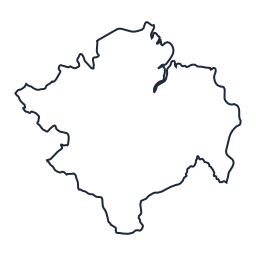 Sumatera Selatan, Natural Earth projection
{"feature_id": "IDN-1230", "entity_name": "Sumatera Selatan", "entity_type": "Province", "adm_level": 1, "iso_a3": "IDN", "parent_name": "Indonesia", "parent_adm1": "", "projection": "natural_earth1", "projection_center": [104.141, -3.318], "detail": "fine", "context": "isolated", "style": "outline", "palette": "slate", "viewbox_px": 256, "rotation_deg": 0, "n_neighbors": 0, "source": "natural_earth", "source_scale": "10m", "svg_char_len": 5690}
<svg xmlns="http://www.w3.org/2000/svg" viewBox="0 0 256 256"><path d="M153.7,25.1L154.1,26.8L154.1,27.6L153.8,28.3L151.4,33.3L151.0,34.7L151.2,36.5L151.8,38.2L152.7,37.1L153.5,33.8L154.1,32.9L155.6,33.1L156.8,34.4L157.9,35.8L158.9,36.5L159.7,37.3L159.2,39.1L158.4,41.0L156.9,43.2L157.0,43.6L157.9,43.6L158.7,43.0L160.0,41.2L160.6,40.4L160.9,41.7L161.2,44.4L162.4,45.3L162.7,45.3L163.2,44.6L163.8,44.3L164.8,43.1L167.3,42.2L169.6,42.9L171.6,44.8L173.0,47.6L173.5,50.5L173.1,53.1L172.2,55.3L170.4,58.4L166.4,63.8L165.6,64.5L164.7,64.7L162.3,64.8L161.6,65.2L160.8,66.1L157.9,68.5L161.8,66.5L163.7,66.5L164.8,68.9L164.9,71.8L164.7,73.4L163.9,75.6L163.9,78.6L163.7,79.7L163.1,80.2L162.1,80.8L159.4,81.7L157.7,83.1L155.9,85.0L154.7,86.9L154.0,89.1L154.1,91.7L153.7,92.6L154.6,91.7L155.5,90.3L156.1,88.8L156.7,86.4L157.6,85.5L159.5,84.1L163.3,82.0L165.0,80.7L166.0,78.8L167.0,74.5L167.2,73.2L167.0,70.3L167.2,69.3L167.9,68.0L169.7,66.1L170.6,64.8L171.4,62.0L172.3,61.1L173.5,60.9L174.5,61.4L174.9,62.7L175.1,65.8L176.0,66.7L176.2,65.2L176.7,64.2L177.7,63.7L178.9,63.6L180.1,63.9L181.7,65.7L182.6,66.2L184.9,65.8L185.5,66.1L186.6,67.1L187.8,66.8L191.4,64.9L192.6,64.7L193.9,64.6L195.2,64.9L197.3,66.3L198.6,66.6L201.4,66.7L206.2,67.6L208.7,67.8L210.1,68.0L211.0,68.5L211.0,68.9L210.3,68.9L210.9,69.7L211.7,69.3L213.2,68.0L214.2,68.1L215.1,68.5L215.6,69.4L215.7,71.2L215.4,72.6L214.4,75.2L214.1,76.7L214.2,78.3L214.8,81.0L215.9,83.4L216.8,84.5L217.8,85.4L219.4,86.0L220.6,86.6L222.5,86.7L223.2,86.9L223.7,87.2L224.7,89.4L224.5,98.4L225.5,100.8L227.2,102.8L229.4,104.2L231.8,104.6L234.1,104.1L234.8,104.3L235.7,104.9L237.0,105.4L237.8,106.2L238.7,108.1L239.2,110.4L239.2,115.7L239.5,118.4L240.5,120.4L240.6,121.1L240.3,123.9L239.7,124.7L236.0,126.8L234.1,128.7L232.2,131.1L230.6,133.8L229.5,136.7L226.0,151.0L226.4,153.6L227.8,155.6L232.4,159.5L233.5,161.5L233.5,163.8L232.5,166.5L228.8,172.6L228.3,174.7L228.0,176.9L226.7,181.4L226.5,182.6L224.3,181.2L223.0,181.5L222.0,182.1L219.8,182.1L219.3,181.5L218.9,180.1L218.5,179.5L218.0,179.1L216.8,179.1L216.5,178.7L216.3,176.9L215.9,176.3L215.1,176.0L214.1,176.1L213.8,175.8L213.8,175.3L214.3,173.6L214.0,172.3L212.8,169.5L212.1,168.8L210.9,166.9L209.4,166.2L209.3,165.8L209.2,164.7L208.8,163.8L208.3,163.2L206.6,162.4L204.8,162.1L204.3,161.5L203.3,159.7L202.6,159.1L202.0,158.9L201.4,158.9L200.1,159.4L199.5,159.1L199.1,158.5L198.6,156.9L198.1,156.2L197.7,156.2L197.4,156.4L197.0,157.5L196.8,159.3L196.0,160.1L195.9,162.2L194.9,164.9L193.6,166.3L192.9,166.6L192.2,166.6L191.3,166.2L190.8,166.2L190.3,166.5L188.8,168.1L188.0,168.4L187.5,168.9L187.3,169.5L187.1,171.9L185.9,174.1L186.0,174.8L186.5,175.4L186.5,175.8L186.3,176.2L184.6,177.3L184.1,177.8L183.6,178.6L183.0,180.4L182.6,181.1L181.7,181.9L180.5,183.3L178.6,184.4L175.7,185.0L173.5,185.9L171.0,186.7L161.7,191.6L157.7,192.7L154.8,192.7L153.5,193.1L150.0,195.0L148.7,195.9L146.2,198.6L141.2,200.9L140.7,202.7L140.3,204.5L141.2,211.0L141.2,213.1L140.4,214.6L139.0,215.9L138.7,217.9L138.8,218.3L139.9,219.6L140.0,221.2L140.4,222.4L142.5,224.9L142.9,225.6L142.7,227.1L141.9,228.9L140.9,230.0L140.6,230.3L139.5,230.6L137.7,230.2L135.7,230.4L132.6,232.8L128.4,233.8L123.1,233.6L119.8,233.0L117.7,233.0L116.8,232.7L116.2,232.3L115.7,230.4L115.9,229.1L115.7,227.8L114.7,227.0L113.9,226.6L110.7,224.6L110.3,223.4L108.7,222.1L108.3,221.5L108.1,219.8L106.4,213.0L106.0,212.5L105.2,210.2L103.5,207.9L103.1,206.9L102.7,205.2L102.3,199.5L102.1,198.4L101.6,197.7L100.4,197.1L97.0,196.9L95.4,196.3L92.9,194.4L89.8,194.1L87.9,193.3L85.4,191.5L82.8,190.9L80.3,189.5L79.0,189.6L78.2,188.1L77.9,182.8L77.6,181.4L76.1,177.5L75.7,175.4L75.0,174.5L73.8,173.6L73.4,173.5L72.3,173.8L67.7,174.0L66.7,174.6L64.2,172.3L63.7,172.1L62.6,171.7L60.7,172.4L59.7,172.5L56.5,171.2L54.8,169.8L53.4,167.4L52.7,166.5L50.7,165.0L50.0,164.2L48.8,162.2L47.3,161.1L47.0,160.2L50.1,159.3L51.0,158.7L57.8,151.6L59.0,150.6L60.1,150.0L62.0,148.3L62.1,147.5L61.2,145.7L61.0,145.0L61.2,144.6L61.7,144.6L63.9,145.5L66.0,145.1L67.4,145.3L68.1,144.1L68.7,138.9L68.7,137.2L68.4,135.5L68.0,134.3L67.7,133.9L66.4,133.0L64.8,132.8L63.8,132.4L60.5,131.8L59.7,131.5L56.6,129.2L56.1,128.2L55.5,126.2L55.1,125.7L54.6,125.5L53.6,125.8L52.4,126.7L50.0,128.8L48.2,130.9L47.1,131.6L45.9,131.2L44.3,130.1L43.2,129.7L42.6,129.2L41.0,127.2L39.3,124.8L37.9,124.0L37.5,123.6L37.4,123.2L37.5,122.5L38.4,121.1L38.6,119.0L39.1,117.2L39.0,116.6L38.6,115.9L35.8,113.1L32.3,111.7L31.3,111.6L30.0,112.9L29.4,112.8L28.6,112.6L27.4,111.8L25.8,111.6L25.2,111.2L23.4,108.8L23.3,108.0L23.7,107.8L24.7,107.8L25.1,107.4L24.6,105.0L24.2,104.4L23.1,103.6L20.6,101.0L19.9,100.0L18.6,96.9L18.1,96.3L16.5,95.0L15.4,93.2L17.6,90.6L18.2,90.1L20.6,89.5L21.7,89.0L24.7,86.8L26.2,83.9L28.3,85.7L31.3,86.6L33.9,88.5L36.8,89.7L38.9,89.8L40.6,89.3L44.1,88.9L45.1,88.5L45.6,87.8L46.3,86.0L47.2,85.1L49.9,83.5L50.9,82.7L52.0,81.5L52.3,81.5L52.8,82.0L54.4,81.2L55.3,80.3L56.1,79.3L60.1,72.4L60.3,71.5L60.1,70.8L59.2,69.8L58.8,69.1L58.7,68.2L59.0,67.1L59.4,66.1L60.0,65.4L60.7,65.2L61.8,65.4L63.4,66.0L65.1,66.3L67.0,67.1L68.6,67.2L70.2,66.4L73.2,67.8L74.6,68.2L75.8,68.0L78.2,66.9L78.9,66.4L79.2,65.8L79.1,64.0L78.8,63.1L77.3,61.0L77.3,60.0L77.7,58.5L78.6,57.1L79.8,54.4L80.8,54.0L81.7,54.3L83.0,56.0L84.0,58.3L84.4,59.8L84.8,60.9L91.3,68.0L92.4,68.6L93.4,68.5L93.7,67.7L93.5,66.5L93.8,65.2L93.6,63.4L93.0,60.4L93.0,59.2L93.2,58.4L93.6,57.8L94.2,57.5L96.2,57.3L97.1,57.0L97.9,56.5L98.8,55.6L98.8,55.2L97.6,53.7L97.0,52.2L96.8,50.2L97.4,42.2L97.0,41.0L97.8,40.3L117.5,29.0L119.3,28.7L121.5,28.8L130.9,31.4L133.7,31.7L137.1,31.2L141.9,29.7L143.5,28.2L145.0,23.8L145.4,23.1L146.2,22.2L147.0,22.2L147.9,22.5L151.7,25.3L152.8,25.5L153.7,25.1Z" fill="none" stroke="#1e293b" stroke-width="2"/></svg>